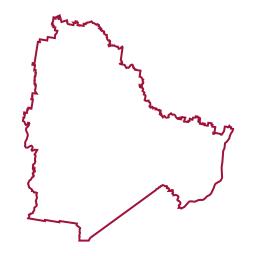 Yass Valley, New South Wales, Australia
{"feature_id": "25037944B7628366145494", "entity_name": "Yass Valley", "entity_type": "district", "adm_level": 2, "iso_a3": "AUS", "parent_name": "Australia", "parent_adm1": "New South Wales", "projection": "natural_earth1", "projection_center": [148.958, -34.926], "detail": "fine", "context": "isolated", "style": "outline", "palette": "rose", "viewbox_px": 256, "rotation_deg": 0, "n_neighbors": 0, "source": "geoboundaries", "source_scale": "gbopen_adm2", "svg_char_len": 5716}
<svg xmlns="http://www.w3.org/2000/svg" viewBox="0 0 256 256"><path d="M29.1,187.4L31.9,189.5L32.1,190.1L32.0,191.0L32.9,191.0L34.3,192.6L35.3,192.3L37.0,193.0L36.3,195.3L36.8,196.3L37.0,197.7L35.8,200.9L36.3,202.7L36.1,203.4L36.9,204.7L36.5,205.9L34.3,207.8L34.3,210.1L33.8,211.0L33.1,211.7L33.1,212.8L31.1,213.8L30.4,213.7L30.1,214.3L28.9,214.7L28.8,215.0L29.3,216.0L29.1,217.0L28.2,218.3L44.9,221.1L45.0,219.9L59.4,222.3L59.6,221.0L76.9,223.6L76.6,225.3L80.2,228.1L79.6,229.8L79.7,231.0L79.5,232.1L80.0,232.8L79.2,235.9L79.7,236.7L79.3,238.1L79.6,239.8L79.4,240.6L88.7,240.6L90.2,237.9L155.7,190.2L156.2,189.3L158.4,188.3L158.7,187.4L160.0,187.1L160.7,186.1L161.4,185.7L162.0,185.8L162.7,185.1L163.9,185.4L165.2,186.3L166.4,186.0L166.9,186.2L167.1,186.9L166.8,188.1L167.3,188.4L168.2,188.0L169.3,189.2L169.3,190.2L168.7,191.0L170.8,190.9L171.6,190.1L172.8,190.2L172.9,190.7L172.5,191.6L173.0,192.6L172.3,193.6L173.5,194.9L173.5,195.3L175.6,194.9L177.7,195.7L178.5,197.0L177.3,199.9L177.8,200.6L179.1,201.0L180.4,202.7L180.2,204.3L178.8,205.3L179.1,206.5L178.6,207.9L180.6,207.7L181.2,208.5L184.4,206.9L189.1,201.6L190.7,201.3L194.7,201.7L198.7,200.0L202.8,199.9L204.3,199.1L207.1,196.3L210.1,194.7L211.3,193.1L213.6,188.3L215.0,184.4L216.3,183.2L220.4,180.9L221.3,179.6L222.1,177.6L221.6,167.4L222.4,162.0L223.2,151.0L224.5,148.1L225.0,143.2L226.9,141.6L229.2,138.6L229.9,135.9L230.9,133.5L232.5,131.2L233.1,129.0L230.9,128.6L231.1,127.2L229.7,127.0L229.8,126.4L229.4,125.8L227.9,127.3L226.4,126.7L224.8,126.6L224.1,131.0L221.9,134.5L221.0,134.7L220.6,134.0L215.5,132.9L214.9,133.1L214.5,133.7L213.4,133.8L213.0,134.5L213.3,132.6L214.4,132.8L215.3,127.1L212.2,126.6L212.5,124.9L211.4,124.7L211.6,123.3L208.3,122.8L207.8,125.7L204.6,125.2L204.8,123.7L202.5,123.3L202.4,123.8L202.8,124.3L199.9,123.8L200.1,122.3L199.1,122.1L199.2,121.6L198.3,121.4L198.6,119.6L200.0,119.8L200.1,118.7L199.6,117.7L197.6,117.4L197.7,116.6L195.8,116.3L195.6,117.5L193.0,117.7L192.5,119.7L190.4,119.4L190.5,118.9L189.8,118.7L189.4,121.1L188.3,120.9L188.1,122.0L184.0,121.5L185.3,117.6L182.4,117.1L182.3,117.4L181.6,117.3L181.5,117.9L180.1,117.7L180.0,118.7L180.4,119.2L178.1,118.9L178.2,118.1L177.0,118.3L176.4,117.7L174.8,115.0L174.2,114.6L172.1,114.6L171.8,114.1L171.2,114.0L170.9,113.4L168.5,115.2L168.7,117.3L168.4,117.4L166.1,117.7L165.4,117.3L164.5,116.0L163.6,116.3L162.9,117.2L162.4,116.3L161.9,116.1L161.4,114.3L160.4,114.8L160.1,114.5L160.7,114.3L160.5,112.9L160.0,112.8L160.0,112.2L160.7,111.9L160.4,111.0L160.6,110.5L159.6,110.0L159.0,110.3L158.9,109.9L157.4,109.9L156.5,108.7L156.0,109.0L156.1,108.5L155.8,108.3L155.3,108.7L153.8,107.9L153.1,108.3L153.0,107.5L152.2,106.8L151.3,107.5L150.8,107.2L150.3,107.5L149.5,106.2L150.4,105.2L150.2,103.0L149.7,102.2L148.7,101.8L148.6,100.6L145.7,100.9L144.6,100.0L145.4,97.5L145.3,96.5L145.6,96.0L145.0,94.9L143.8,94.5L144.4,92.5L142.5,91.0L142.5,90.6L143.2,89.5L142.9,88.4L142.3,87.7L141.7,87.7L141.8,87.1L140.0,87.1L139.6,86.1L139.6,85.0L140.6,85.5L141.9,85.2L141.8,84.2L143.1,83.5L143.3,82.2L142.8,81.9L142.5,81.0L143.2,79.6L141.9,78.6L141.6,77.6L140.2,76.6L139.6,76.6L140.5,70.7L135.2,69.8L135.3,69.2L134.8,69.2L133.4,67.9L133.7,67.4L133.2,67.2L132.7,65.0L132.2,64.6L130.5,65.2L130.0,66.3L128.5,67.8L127.8,67.5L126.4,68.0L124.6,64.9L120.2,64.1L120.0,63.7L122.1,62.9L122.1,62.0L121.4,61.5L121.4,60.5L120.8,60.0L122.6,47.2L122.2,46.7L121.6,47.4L121.0,47.5L120.6,48.2L118.7,48.8L117.9,46.7L117.3,46.9L114.8,46.0L114.3,45.4L112.7,45.7L112.2,45.2L110.5,45.9L110.0,45.7L109.0,46.2L108.5,44.9L110.2,43.6L109.6,42.6L110.2,41.5L109.9,40.7L109.2,40.3L108.4,40.6L107.3,39.4L107.1,37.7L106.8,37.7L106.6,37.1L106.9,36.7L106.7,36.0L106.8,35.1L106.2,35.2L104.9,34.2L104.3,34.0L104.1,33.5L104.2,32.5L103.8,32.4L104.0,31.5L102.2,30.8L101.8,30.9L100.9,30.2L101.5,29.0L101.1,28.6L100.1,28.9L99.5,28.6L100.0,28.3L100.2,27.6L99.3,26.5L98.6,26.4L98.8,25.0L97.9,24.8L97.9,24.4L97.5,24.1L96.3,24.7L93.9,23.1L92.7,23.0L91.6,21.4L89.3,22.3L86.7,22.7L86.6,23.3L85.5,23.4L85.3,23.7L85.4,24.1L83.7,23.8L83.7,25.9L79.7,25.2L79.6,25.6L77.5,25.2L77.9,22.7L76.6,22.5L76.8,21.5L75.5,21.3L75.2,23.0L73.5,22.7L73.8,23.1L73.5,25.1L68.0,24.1L67.1,22.5L67.3,21.5L67.0,20.3L61.5,22.0L60.5,18.2L58.6,19.1L58.2,18.3L60.2,17.3L59.7,15.4L56.3,17.0L55.8,17.7L55.7,18.7L54.7,18.6L54.8,17.5L53.5,17.3L53.0,21.6L52.0,23.2L51.9,24.0L52.9,24.2L52.5,25.6L53.7,25.8L53.4,27.2L55.3,27.4L54.9,30.4L57.4,30.8L56.6,33.2L55.1,34.9L54.9,38.1L47.8,37.0L47.2,40.5L39.8,39.3L39.4,41.8L40.9,42.3L37.9,41.9L34.5,63.4L32.7,63.1L32.4,64.8L35.0,65.2L34.3,69.7L34.7,69.4L35.7,70.1L35.3,72.9L35.9,73.0L35.4,76.1L34.9,76.0L34.7,77.2L34.9,77.2L34.4,80.5L34.8,80.5L34.4,83.7L35.4,83.8L35.2,85.4L35.9,85.5L35.3,89.5L35.1,89.6L35.1,91.2L36.7,93.6L32.5,93.2L32.1,96.0L32.5,96.1L32.1,98.8L31.4,98.7L31.3,99.3L32.9,99.5L31.4,108.7L30.4,108.6L30.5,108.0L28.3,107.7L28.0,109.5L27.3,109.4L26.9,112.9L24.2,112.4L24.0,114.0L24.9,114.1L24.3,117.6L23.5,117.5L22.9,120.9L24.5,121.9L25.2,124.1L25.9,125.0L27.2,124.7L28.0,122.7L29.1,122.9L29.4,123.4L28.4,126.0L26.5,127.8L26.1,128.7L26.1,130.5L27.6,133.8L27.8,135.5L26.7,139.3L25.3,141.8L25.1,143.9L25.3,145.1L25.0,145.8L25.3,146.8L25.9,147.5L27.6,147.7L30.1,146.1L31.5,145.7L32.1,146.3L32.6,147.2L32.6,147.8L31.5,149.9L32.0,150.7L32.8,150.7L34.8,149.7L37.2,150.0L34.6,154.6L35.4,155.2L35.6,156.3L35.1,157.9L34.9,160.5L35.4,161.3L34.6,163.6L33.3,164.3L32.9,165.8L33.5,166.8L33.0,167.0L32.8,168.4L33.0,169.0L34.3,168.7L33.5,170.1L33.7,170.7L34.8,170.6L34.9,171.5L33.8,171.9L33.3,172.4L33.4,173.2L32.9,173.4L33.2,173.9L32.9,174.1L32.9,174.8L33.8,175.7L33.4,176.7L32.0,177.5L31.0,179.4L29.7,180.3L28.3,182.7L28.3,183.8L28.1,184.0L28.9,186.0L28.8,186.6L29.1,187.4Z" fill="none" stroke="#9f1239" stroke-width="2"/></svg>